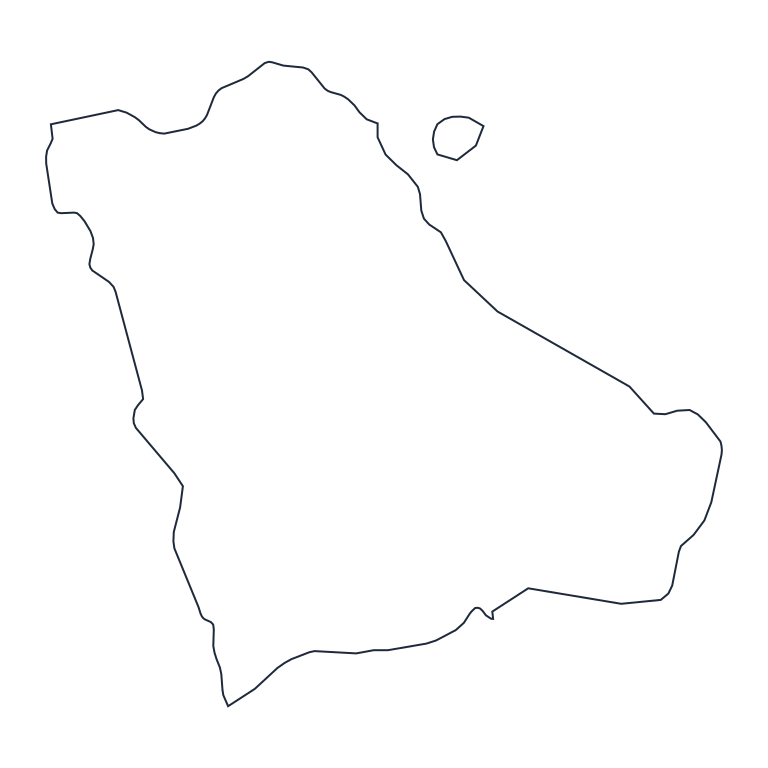 the Province of Gegharkunik
{"feature_id": "ARM-1672", "entity_name": "Gegharkunik", "entity_type": "Province", "adm_level": 1, "iso_a3": "ARM", "parent_name": "Armenia", "parent_adm1": "", "projection": "mercator", "projection_center": [45.283, 40.3], "detail": "fine", "context": "isolated", "style": "outline", "palette": "slate", "viewbox_px": 768, "rotation_deg": 0, "n_neighbors": 0, "source": "natural_earth", "source_scale": "10m", "svg_char_len": 2091}
<svg xmlns="http://www.w3.org/2000/svg" viewBox="0 0 768 768"><path d="M377.6,123.4L377.6,137.3L385.6,154.6L396.5,165.3L408.0,174.4L417.8,186.8L420.0,194.1L421.3,210.6L423.9,218.6L429.2,224.5L440.9,232.3L445.7,240.9L464.0,280.1L497.5,311.5L629.4,386.5L629.9,387.0L653.9,413.6L665.3,414.2L669.1,413.1L677.2,410.7L689.6,410.0L697.8,414.4L705.9,422.3L720.5,441.6L721.5,445.9L721.9,450.2L721.5,454.6L711.3,502.3L704.4,520.4L693.6,534.9L681.0,546.0L678.9,551.6L672.2,585.6L668.4,593.5L660.8,599.9L621.2,603.8L528.2,588.3L492.3,611.6L493.1,618.9L491.0,618.7L485.9,615.3L483.0,611.4L481.6,609.9L479.9,608.4L477.8,607.8L475.2,608.0L471.7,611.3L469.8,613.6L463.9,622.8L455.9,630.0L436.0,640.5L426.4,643.6L387.8,650.2L373.7,650.2L356.2,653.4L314.5,651.1L309.4,652.2L291.5,659.1L284.5,663.0L277.5,667.9L254.9,688.8L228.1,706.2L223.3,695.1L222.5,690.0L221.3,674.1L219.9,667.5L216.5,659.0L214.5,652.6L213.3,646.0L213.8,629.4L213.2,624.6L210.9,622.1L204.7,619.3L203.2,618.1L201.8,616.3L200.6,613.7L198.5,607.1L174.4,548.4L173.4,541.3L173.8,531.9L180.1,507.5L182.9,486.2L174.4,473.3L135.9,427.9L133.8,423.2L133.4,418.4L134.8,410.0L137.9,405.3L143.1,399.1L142.0,390.5L115.6,291.9L113.6,286.9L109.0,281.9L92.3,270.5L90.3,267.6L89.4,264.1L90.3,258.7L92.7,249.5L93.7,244.3L93.0,238.0L90.5,231.2L84.5,221.2L80.4,216.1L77.1,213.2L74.0,212.6L61.2,213.2L57.6,212.6L54.7,209.1L52.3,203.5L46.2,163.6L46.1,156.7L47.1,150.5L50.9,142.9L52.6,138.8L50.9,124.3L118.2,110.1L126.5,112.6L134.9,117.2L138.9,120.2L145.9,126.9L149.3,129.3L155.7,132.2L160.0,133.2L164.3,133.6L188.0,128.8L196.4,125.6L199.7,123.6L202.6,121.3L205.0,118.4L207.0,115.0L213.8,97.3L215.9,93.5L218.6,90.4L221.7,88.1L243.5,78.9L248.2,76.1L264.7,63.1L268.7,61.8L272.2,62.3L283.4,65.6L303.0,67.5L308.3,69.3L311.6,72.3L324.6,88.5L327.7,90.8L330.8,92.1L340.8,94.9L344.3,96.7L348.0,99.2L354.4,105.3L359.5,112.3L366.7,119.3L377.4,123.4L377.6,123.4ZM460.6,116.6L468.8,117.7L483.5,126.1L475.9,145.6L456.9,160.2L437.4,154.4L434.0,147.2L432.9,139.4L434.1,131.6L437.4,124.2L444.5,119.1L452.3,116.8L460.6,116.6Z" fill="none" stroke="#1e293b" stroke-width="2"/></svg>